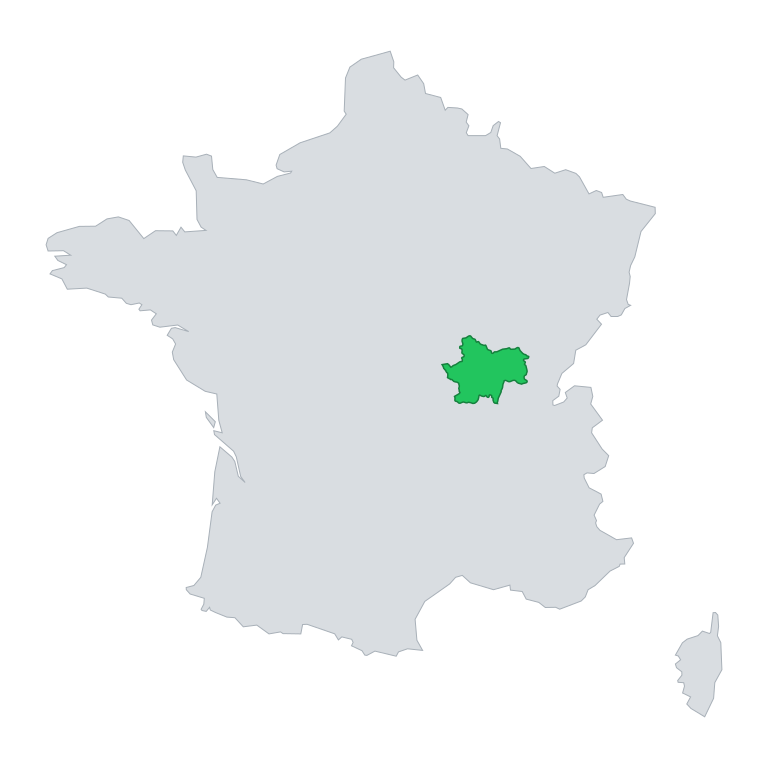 location of Saône-et-Loire within France
{"feature_id": "FRA-5339", "entity_name": "Saône-et-Loire", "entity_type": "Metropolitan department", "adm_level": 1, "iso_a3": "FRA", "parent_name": "France", "parent_adm1": "", "projection": "mercator", "projection_center": [4.488, 46.664], "detail": "fine", "context": "in_parent", "style": "filled", "palette": "green", "viewbox_px": 768, "rotation_deg": 0, "n_neighbors": 0, "source": "natural_earth", "source_scale": "10m", "svg_char_len": 7859}
<svg xmlns="http://www.w3.org/2000/svg" viewBox="0 0 768 768"><path d="M630.6,305.3L624.9,308.5L621.3,314.9L617.7,316.5L611.1,316.5L607.9,312.5L600.0,315.1L596.8,319.2L601.5,324.2L585.8,344.8L575.8,350.2L573.6,363.5L561.9,373.4L557.5,383.9L557.1,386.0L560.1,389.4L558.8,396.2L552.8,400.6L552.9,404.9L554.6,405.5L563.7,402.0L567.2,398.0L565.3,392.5L574.5,385.8L590.9,387.4L592.8,396.4L590.7,404.0L602.5,420.2L592.3,427.8L591.6,432.8L602.1,449.0L608.7,455.7L605.2,466.5L594.0,473.5L587.0,472.9L583.9,474.7L584.2,478.0L589.1,487.8L601.1,494.1L602.9,501.4L599.6,504.1L594.1,515.1L596.5,520.6L595.6,522.9L596.8,526.7L599.9,530.3L616.5,539.7L631.6,537.9L633.5,543.3L624.2,557.6L624.8,564.0L620.1,564.1L619.3,566.3L610.0,571.1L595.1,585.5L588.1,589.7L585.3,596.9L581.2,601.0L559.7,609.2L555.7,607.3L545.3,607.5L538.8,602.4L526.2,599.1L522.2,591.5L510.5,590.1L509.9,585.1L493.5,589.7L470.4,582.8L462.3,575.4L455.6,577.3L449.7,583.9L424.8,601.4L415.1,619.3L416.9,640.2L422.6,650.4L407.5,648.8L398.5,651.9L396.2,656.2L374.9,651.1L366.9,655.4L364.8,655.1L362.0,650.7L351.5,645.8L353.1,642.4L351.7,639.3L341.8,636.9L338.4,639.9L334.7,633.8L307.1,624.3L302.6,624.5L300.8,633.9L283.0,633.6L280.5,631.9L269.0,633.9L256.8,625.1L243.3,626.8L234.9,617.7L226.9,617.1L215.5,612.5L210.3,610.0L209.6,607.3L206.2,611.4L202.0,610.5L201.1,609.3L203.8,604.2L204.3,598.3L190.1,594.0L186.3,589.7L186.2,587.5L193.9,585.5L200.8,577.3L207.4,547.4L212.1,511.8L215.7,505.1L220.1,503.2L216.5,498.3L212.2,504.8L214.8,471.8L219.9,446.8L231.9,457.1L234.8,461.5L238.3,476.3L245.1,482.5L240.7,476.5L236.3,456.8L233.6,451.2L214.5,434.6L213.8,430.7L222.2,432.8L218.8,420.3L216.8,394.0L205.2,391.3L186.6,380.0L173.7,359.7L172.3,352.1L175.6,344.0L172.7,338.9L167.2,335.3L171.4,328.3L175.2,327.6L188.7,331.6L177.7,325.0L159.9,327.2L152.8,324.9L151.5,320.1L156.3,313.8L150.4,309.9L140.1,310.8L138.9,309.2L141.9,304.7L139.3,303.0L131.0,304.7L126.3,303.3L121.8,298.2L108.3,297.0L105.3,294.1L86.8,288.1L67.3,289.2L61.9,278.9L50.0,273.9L52.4,270.6L64.2,267.6L66.5,264.7L57.9,260.5L54.8,256.2L70.7,255.2L63.5,250.7L48.1,251.0L46.1,244.8L48.1,238.4L57.0,232.7L79.3,226.4L95.6,226.2L107.0,218.9L118.4,216.9L129.1,220.5L143.8,238.6L155.5,230.7L172.8,230.9L176.3,235.4L181.0,227.2L184.8,231.9L206.0,230.4L201.1,227.1L197.0,219.4L196.2,190.8L185.3,170.0L182.7,162.3L183.3,155.9L196.0,157.1L206.5,154.2L211.5,156.1L212.8,169.6L217.2,177.4L246.4,179.8L263.2,184.0L277.4,176.4L290.6,173.0L291.7,171.2L284.1,171.9L277.1,168.7L276.1,165.1L279.8,154.5L300.1,142.8L329.8,132.9L337.4,126.2L346.2,114.2L344.2,111.1L345.5,78.0L349.9,67.1L361.3,59.2L390.2,51.2L393.8,61.8L393.6,67.8L401.2,77.2L405.0,80.1L417.7,75.0L423.7,83.7L425.5,93.5L440.7,97.5L445.2,110.2L447.9,107.4L457.5,108.0L461.9,109.0L468.1,114.6L466.2,122.1L468.9,125.8L466.3,132.7L468.1,135.6L485.6,135.6L490.8,132.5L493.2,125.6L498.5,121.5L500.5,122.7L497.1,135.7L499.6,139.0L500.8,148.3L507.4,149.0L520.2,156.3L531.0,168.5L544.3,166.5L554.8,173.2L565.7,169.7L575.9,173.4L579.5,176.9L589.0,193.9L596.3,190.5L601.6,192.5L603.2,197.3L622.8,194.5L626.3,199.2L630.3,201.0L655.1,207.3L655.3,213.6L641.0,231.5L634.8,256.9L630.6,265.6L629.1,272.2L630.2,276.5L629.5,283.4L626.5,299.6L628.2,304.4L630.6,305.3ZM718.6,626.4L717.4,635.8L720.8,642.6L721.9,669.7L714.8,682.6L713.6,698.3L704.7,716.8L691.0,708.5L686.8,704.0L690.6,696.9L682.6,693.0L684.5,686.1L683.7,682.7L678.1,682.3L677.7,680.5L681.9,675.2L681.8,671.8L676.5,667.7L675.4,664.0L680.6,659.8L678.3,656.0L675.4,655.1L682.4,642.8L687.2,639.1L698.0,635.6L702.4,631.1L709.5,633.5L710.7,632.3L713.1,612.7L715.5,612.5L717.8,615.1L718.6,626.4ZM215.3,421.7L213.7,427.6L206.3,417.4L205.4,411.8L215.3,421.7Z" fill="#d9dde1" stroke="#a8b0b8" stroke-width="1"/><path d="M450.8,367.2L451.9,366.7L453.1,365.6L455.9,364.5L459.7,361.9L460.6,361.6L461.8,361.5L462.1,361.4L462.3,361.0L462.3,360.5L462.3,359.2L461.7,358.2L461.7,357.9L462.1,357.4L463.7,356.8L464.2,355.9L464.0,354.8L463.2,354.1L462.4,353.6L461.9,352.9L462.1,350.6L462.0,349.5L461.5,348.8L460.3,348.5L459.8,348.2L459.7,347.4L459.9,346.5L460.4,346.2L461.8,346.0L462.2,345.8L462.5,345.3L462.8,344.8L462.9,344.1L462.8,343.4L462.1,341.4L462.1,340.7L462.1,340.0L462.5,338.7L462.8,338.4L465.9,337.9L468.6,336.1L469.7,335.8L470.6,336.0L472.5,338.3L473.4,338.8L474.3,339.0L475.1,339.4L475.7,340.5L476.1,341.6L476.5,342.1L476.9,342.1L477.6,341.7L478.4,341.6L478.9,342.0L479.9,343.6L480.6,344.2L483.7,345.3L484.3,345.4L485.3,345.1L485.6,345.2L485.9,345.5L487.3,349.0L488.1,349.8L490.8,350.7L491.3,351.7L491.5,352.8L491.8,353.2L492.3,353.3L492.9,353.3L493.3,353.0L494.2,352.1L494.4,352.0L494.5,351.9L496.9,351.8L502.6,349.2L506.6,348.7L508.9,347.9L509.4,347.9L509.7,348.1L510.4,349.1L510.8,349.3L514.8,349.1L516.9,347.8L517.9,347.5L518.9,347.9L520.0,350.5L522.6,353.3L523.6,354.0L524.4,354.4L525.0,354.5L525.7,354.7L526.2,355.1L526.6,355.6L527.0,355.9L528.0,356.2L528.7,356.5L528.7,356.9L528.6,357.3L528.4,357.8L528.1,358.2L527.7,358.5L524.8,358.9L524.3,359.0L523.8,359.3L523.6,359.7L523.5,360.3L523.8,360.8L524.2,361.1L524.7,361.5L525.2,361.9L525.3,362.4L525.2,362.8L524.7,363.7L524.5,364.2L524.8,364.7L525.7,365.4L526.0,366.2L526.9,369.9L527.1,371.2L527.0,372.0L526.8,372.5L526.6,372.9L526.5,373.4L526.4,374.0L526.3,374.4L526.0,374.8L525.6,375.1L524.8,375.5L524.5,375.8L524.2,376.3L524.1,377.0L524.1,377.9L524.3,378.5L524.5,379.1L524.7,379.3L525.0,379.5L526.2,380.2L526.7,380.5L527.1,381.1L527.1,381.7L526.9,382.2L526.5,382.5L526.1,382.8L522.7,383.6L521.7,384.1L518.4,383.2L517.1,382.4L516.3,381.4L515.5,380.7L514.9,380.4L514.4,380.3L513.0,380.4L510.1,381.6L509.0,381.7L508.2,381.5L506.5,380.7L505.8,380.4L505.2,380.4L504.5,380.6L504.2,380.7L504.1,380.9L504.1,381.0L504.0,381.6L503.9,381.9L503.6,382.7L503.5,382.9L503.0,384.1L503.0,384.4L502.9,384.7L502.6,387.0L502.5,387.6L502.3,388.2L501.7,389.6L501.3,390.2L501.2,390.4L501.1,390.7L501.1,390.9L501.1,391.4L501.2,391.7L501.1,391.9L501.0,392.2L498.5,397.7L498.3,398.1L497.7,401.4L497.4,402.1L497.3,402.4L497.3,402.8L497.4,403.0L497.5,403.5L494.7,403.1L493.8,402.3L493.5,401.4L493.1,400.3L493.0,399.9L493.2,398.9L493.1,398.3L492.8,398.0L491.8,397.4L491.7,397.0L491.7,396.6L491.7,396.1L491.6,395.6L491.2,395.3L490.0,394.8L489.5,394.9L489.2,395.3L489.2,395.7L489.1,396.2L489.1,396.6L488.8,397.0L488.4,397.3L487.8,397.3L487.3,397.1L486.8,396.6L486.5,396.1L486.0,395.5L485.6,395.5L485.2,395.7L484.9,396.1L484.3,396.4L483.4,396.5L481.5,396.0L479.8,395.1L479.4,395.2L479.1,395.4L479.0,395.8L478.9,396.2L478.6,397.9L478.2,399.3L478.0,399.9L476.6,401.8L475.3,402.8L474.6,403.2L474.0,403.3L473.5,403.4L473.0,403.4L472.6,403.4L471.1,402.8L468.9,402.3L468.3,402.3L467.1,402.8L466.6,402.8L466.1,402.8L464.2,402.2L463.4,402.0L462.8,402.1L460.1,403.2L459.4,403.2L458.9,403.1L458.5,402.8L457.3,401.7L456.8,401.5L455.7,401.2L455.3,401.0L455.0,400.7L454.9,400.3L454.9,399.8L455.0,398.2L454.9,397.3L454.5,396.4L458.8,393.9L459.3,393.4L459.8,392.9L459.9,392.7L459.9,392.3L459.8,392.2L459.7,392.1L459.6,391.9L459.4,391.6L459.3,391.4L459.2,391.1L459.2,390.9L459.2,390.6L459.2,390.2L459.2,389.9L459.2,389.6L459.1,389.4L458.9,389.1L458.8,388.7L458.8,388.3L459.3,386.4L459.3,386.0L459.3,385.7L459.2,385.4L459.1,385.2L459.0,384.9L458.9,384.6L458.9,384.1L458.8,383.6L458.7,383.3L458.6,383.1L457.9,382.7L457.3,382.3L456.8,382.1L455.4,381.9L454.1,381.5L453.9,381.4L453.7,381.3L453.5,381.0L453.4,380.9L452.7,380.4L452.2,379.7L451.8,379.5L451.6,379.5L450.9,379.6L450.6,379.5L450.5,379.3L450.3,379.2L450.2,379.0L450.0,378.9L449.5,378.8L449.3,378.7L448.8,378.3L448.7,378.2L448.0,377.9L447.6,377.7L447.5,377.4L447.5,377.2L447.7,376.7L447.8,376.4L447.8,374.6L447.7,373.5L447.6,373.1L447.4,372.9L446.8,372.6L446.0,371.4L445.8,370.6L445.6,370.3L445.4,370.0L445.1,369.9L444.9,369.8L444.4,369.1L444.3,368.9L443.7,368.3L443.6,367.9L443.4,367.2L443.3,366.8L442.1,364.6L447.5,363.7L448.7,364.6L450.8,367.2Z" fill="#22c55e" stroke="#15803d" stroke-width="1.5"/></svg>